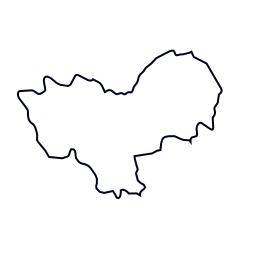 the border of Liberecký, rotated 167°
{"feature_id": "CZE-1597", "entity_name": "Liberecký", "entity_type": "Region", "adm_level": 1, "iso_a3": "CZE", "parent_name": "Czechia", "parent_adm1": "", "projection": "albers", "projection_center": [15.007, 50.741], "detail": "fine", "context": "isolated", "style": "outline", "palette": "ink", "viewbox_px": 256, "rotation_deg": 167, "n_neighbors": 0, "source": "natural_earth", "source_scale": "10m", "svg_char_len": 2679}
<svg xmlns="http://www.w3.org/2000/svg" viewBox="0 0 256 256"><g transform="rotate(167 128 128)"><path d="M70.2,100.4L71.0,102.2L76.3,103.8L78.5,105.0L84.4,109.5L90.1,110.8L93.5,111.0L96.0,110.3L97.5,108.6L99.0,105.8L101.4,99.2L104.7,99.3L110.3,97.8L127.9,99.1L128.3,97.0L128.1,88.5L127.9,87.8L127.8,86.9L127.9,85.5L128.4,84.7L129.9,82.9L130.4,81.7L130.2,74.6L127.8,71.2L125.4,69.2L124.7,66.4L125.4,65.6L126.2,64.9L127.1,64.5L127.9,64.3L130.2,62.7L130.9,61.6L131.3,59.6L134.2,62.3L142.0,64.0L143.4,66.4L145.2,68.2L147.3,69.2L149.1,68.9L149.6,66.4L151.0,63.2L152.9,61.8L154.7,62.7L155.5,66.4L156.9,70.0L165.7,70.1L169.8,72.1L172.3,76.1L172.1,78.5L170.8,81.1L169.7,85.6L170.2,89.0L171.7,93.3L173.5,97.4L175.1,100.0L178.2,102.5L181.0,103.7L183.4,105.7L185.3,110.2L185.3,112.6L184.9,115.1L184.8,117.4L185.8,119.4L187.7,120.0L188.0,120.1L189.7,118.3L191.1,115.7L192.6,113.9L199.0,113.3L211.5,117.6L213.7,124.6L218.9,135.0L219.3,136.9L219.0,138.3L218.5,139.7L218.1,141.5L217.9,143.8L218.2,148.5L218.6,150.7L219.3,152.6L221.3,155.0L222.0,156.3L222.5,157.6L222.8,159.1L222.8,160.5L222.7,162.0L221.7,167.3L221.8,168.2L222.0,169.2L227.4,181.4L227.7,182.8L227.8,184.3L227.6,186.0L227.0,187.3L226.1,188.1L225.0,188.3L213.0,186.3L211.3,185.1L208.0,181.6L207.1,181.2L206.2,181.0L205.3,181.1L201.3,182.5L200.4,183.2L199.9,184.5L199.5,192.3L199.1,194.0L198.4,195.3L197.5,196.1L196.5,196.4L195.4,196.3L194.3,195.8L191.9,193.8L187.2,187.7L184.2,185.3L177.4,182.6L175.7,182.6L174.2,183.3L167.5,190.9L166.6,191.3L165.6,191.2L164.5,190.6L155.9,183.4L153.4,182.5L152.5,182.6L151.9,182.7L151.4,183.0L151.1,183.3L145.5,178.4L143.9,175.4L142.5,168.2L138.5,169.3L137.4,169.0L136.3,168.6L135.3,167.7L132.4,164.2L131.6,163.6L130.8,163.4L127.0,163.7L125.8,163.0L124.3,161.8L123.2,161.6L122.1,161.9L120.3,162.7L119.0,162.7L117.5,162.1L116.6,162.0L115.9,162.4L115.3,163.1L113.5,166.0L112.6,167.1L109.4,169.8L108.4,170.9L107.8,171.9L106.1,175.2L105.0,176.5L103.7,177.7L101.1,179.1L99.9,179.9L98.1,181.7L96.7,182.8L91.0,185.5L84.7,189.7L70.7,193.3L68.0,193.5L66.6,193.3L66.2,193.0L65.8,192.4L65.7,191.7L65.6,190.9L65.5,190.2L65.4,189.6L65.1,188.9L64.8,188.3L64.1,187.9L63.0,187.8L60.6,187.9L57.7,187.4L50.7,187.5L49.0,188.0L47.9,182.4L36.9,173.1L28.4,145.5L28.2,144.2L28.4,143.1L29.0,142.2L29.7,141.4L31.9,140.1L34.8,132.7L35.5,131.8L39.0,128.6L39.4,127.7L39.6,126.7L39.6,124.1L39.9,122.9L40.5,121.8L41.1,120.9L43.1,119.1L44.9,109.0L45.5,107.8L46.4,107.5L47.5,108.0L55.5,116.5L56.8,116.8L58.1,116.5L59.2,115.7L60.2,114.5L61.0,112.9L61.5,111.1L61.9,107.3L62.2,106.1L62.6,105.2L63.3,104.7L67.9,104.4L68.7,103.9L69.3,103.2L69.7,102.5L70.1,101.0L70.2,100.4Z" fill="none" stroke="#020617" stroke-width="2"/></g></svg>